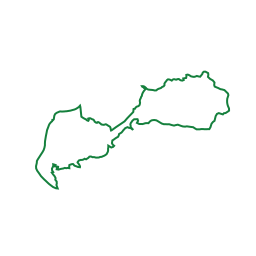 Iranduba, Amazonas, Brazil, rotated 132°
{"feature_id": "56859067B47671113990727", "entity_name": "Iranduba", "entity_type": "district", "adm_level": 2, "iso_a3": "BRA", "parent_name": "Brazil", "parent_adm1": "Amazonas", "projection": "equal_earth", "projection_center": [-60.435, -3.087], "detail": "fine", "context": "isolated", "style": "outline", "palette": "green", "viewbox_px": 256, "rotation_deg": 132, "n_neighbors": 0, "source": "geoboundaries", "source_scale": "gbopen_adm2", "svg_char_len": 4667}
<svg xmlns="http://www.w3.org/2000/svg" viewBox="0 0 256 256"><g transform="rotate(132 128 128)"><path d="M220.0,139.8L219.1,141.5L218.2,143.1L217.0,143.7L215.5,145.2L215.1,147.4L213.7,148.3L213.3,149.3L212.9,150.5L212.6,152.7L212.1,154.8L210.8,154.1L210.3,156.0L209.1,157.3L207.6,157.7L206.3,158.1L205.7,158.6L205.0,159.3L204.7,158.7L204.0,157.1L205.5,156.7L204.0,154.7L203.6,154.0L204.3,153.5L204.7,153.7L205.4,154.0L206.4,153.4L205.4,151.8L203.7,150.8L202.5,149.9L201.4,149.0L200.0,148.3L199.2,147.0L198.0,146.1L197.1,144.7L196.0,145.9L194.8,146.8L193.5,146.2L192.1,145.3L191.5,144.5L191.8,142.9L191.6,142.0L191.0,140.7L190.5,139.2L189.8,138.2L189.3,137.5L188.6,138.0L188.0,139.4L187.6,140.9L187.4,142.4L186.7,142.7L185.4,142.7L184.7,142.7L184.1,142.2L183.5,141.9L182.5,140.8L181.2,140.0L179.9,139.7L179.3,138.2L176.6,137.5L175.1,137.5L174.0,136.5L173.4,134.8L172.3,133.7L171.5,132.1L170.5,131.0L169.4,129.9L168.1,129.3L167.1,128.3L165.7,127.7L164.5,127.1L163.2,126.7L162.6,126.6L161.8,126.4L159.1,127.1L157.8,127.9L156.8,128.9L155.5,129.7L154.3,130.8L153.7,127.4L151.9,126.4L150.5,126.4L150.6,128.2L150.0,129.8L148.6,130.7L147.7,131.3L146.4,130.9L145.5,130.7L144.0,130.4L142.6,130.0L141.2,129.5L139.7,129.9L138.5,130.6L137.1,130.2L135.8,129.8L134.3,129.8L132.9,130.0L131.6,129.9L130.2,130.0L128.9,129.5L127.7,128.9L127.2,127.3L126.1,125.9L126.2,125.1L126.1,124.1L126.1,123.0L125.8,123.6L125.8,124.7L125.6,125.6L125.7,126.4L124.6,127.5L123.6,128.8L122.2,129.3L120.9,129.4L119.6,129.6L117.4,129.3L116.3,128.1L115.1,126.8L115.9,125.3L118.2,124.8L117.5,122.3L116.4,121.1L115.4,119.9L114.2,119.1L112.9,118.4L111.8,117.3L110.7,116.0L109.4,116.1L108.0,116.0L106.6,115.6L105.4,114.7L104.3,113.6L103.3,112.0L102.9,110.1L102.1,105.9L101.2,103.9L100.0,102.6L98.9,101.2L97.7,100.0L96.5,97.4L95.4,95.4L94.1,94.6L92.2,93.2L90.9,89.9L90.1,88.2L88.8,86.5L87.4,85.4L85.2,82.1L83.8,80.1L83.5,77.9L83.1,76.1L81.1,73.9L79.7,72.8L78.7,71.7L77.7,70.3L74.4,66.8L72.1,67.3L71.3,67.7L68.9,68.8L66.6,68.9L64.8,68.5L60.5,70.8L58.0,71.3L56.2,70.5L54.4,66.6L52.8,66.6L51.6,65.5L49.0,64.8L47.5,64.5L45.9,66.0L44.8,68.4L44.2,69.4L43.6,70.3L42.6,71.5L41.2,72.8L39.7,73.9L37.9,74.7L36.4,75.4L35.5,76.8L35.3,81.7L36.4,83.9L37.3,85.3L38.0,87.9L38.6,89.5L39.2,91.3L38.8,92.0L38.4,92.7L36.3,94.2L35.9,96.8L36.6,100.0L36.5,102.8L34.7,103.9L33.6,105.2L34.3,108.1L35.4,109.3L36.8,109.5L38.2,108.9L39.9,108.8L41.6,108.7L42.5,110.1L43.3,111.7L44.6,112.3L45.8,113.1L46.7,114.4L47.5,115.9L47.7,117.6L48.3,119.3L49.5,120.2L50.6,119.1L51.9,118.3L54.2,120.1L55.1,118.7L56.5,119.4L57.4,121.0L57.6,123.0L58.8,124.1L59.5,124.2L60.2,125.0L60.5,125.8L60.9,126.4L61.5,126.9L62.5,127.2L63.5,127.2L63.7,128.0L64.1,129.3L64.6,130.2L65.2,130.9L66.3,131.1L67.3,131.0L68.4,130.9L69.3,130.9L70.7,130.6L71.8,129.5L73.2,129.4L74.6,130.1L76.0,130.2L77.2,130.8L78.4,131.5L79.7,132.0L81.0,132.1L82.2,133.2L83.0,134.7L83.9,136.0L85.0,137.4L85.9,138.7L86.4,140.4L86.2,141.3L86.2,142.3L86.3,143.6L86.6,144.4L87.0,145.0L87.6,145.6L87.8,144.9L87.3,143.7L87.6,143.1L87.2,142.2L87.2,141.4L87.9,141.0L89.4,141.0L90.8,140.8L92.2,140.5L93.6,140.0L94.9,139.2L96.2,139.0L97.5,138.4L98.8,138.1L100.0,137.4L101.1,136.0L102.3,135.2L103.6,134.7L105.0,135.0L106.3,135.8L107.7,136.0L109.0,135.7L110.1,136.6L110.6,136.3L111.4,135.6L112.6,134.8L118.1,135.0L121.5,135.1L125.4,135.0L135.4,137.5L140.0,138.5L140.6,138.6L141.2,138.9L140.7,139.7L139.9,140.7L139.5,141.3L139.2,142.0L139.2,142.9L139.5,143.9L139.6,145.0L139.9,146.6L140.3,147.2L141.1,147.6L141.8,148.1L142.2,148.6L142.5,149.1L142.9,149.6L143.2,150.3L143.1,151.1L143.2,152.0L143.3,153.3L143.6,154.2L144.2,154.6L144.9,154.5L145.4,155.3L145.6,157.1L145.2,157.9L145.0,158.5L145.0,159.5L145.4,160.2L145.6,161.1L145.8,161.8L146.1,162.7L146.8,163.4L147.5,163.8L147.7,162.9L148.3,162.5L149.2,162.3L149.6,163.1L149.8,164.0L149.7,164.9L149.9,165.6L150.1,166.2L150.3,167.0L150.5,168.0L150.8,170.2L144.3,177.4L143.5,178.6L144.3,178.6L144.9,178.5L146.2,178.8L148.1,179.3L148.9,179.6L150.0,180.1L152.0,181.4L153.6,182.4L155.6,184.0L156.7,184.9L157.5,185.7L158.4,186.5L159.4,187.5L160.4,188.6L160.8,189.2L161.3,189.7L161.9,190.0L164.3,191.1L165.6,191.4L166.4,191.5L168.1,191.0L168.9,190.5L169.5,190.1L171.2,189.0L172.1,189.0L172.6,189.6L173.2,189.1L173.7,188.9L174.8,189.1L175.5,189.1L177.0,189.1L178.0,188.9L179.0,188.6L179.9,188.2L183.8,186.7L185.9,185.4L188.8,183.7L193.2,180.9L195.1,179.4L196.4,178.2L198.6,176.9L200.9,175.9L202.7,175.5L203.6,175.3L204.5,175.2L211.9,174.0L213.5,173.6L215.0,172.4L217.9,170.8L219.5,169.2L220.5,166.9L221.1,164.1L222.0,160.4L222.3,155.9L222.3,154.3L222.4,150.8L222.4,148.9L222.0,144.2L221.0,141.2L220.0,139.8Z" fill="none" stroke="#15803d" stroke-width="2"/></g></svg>